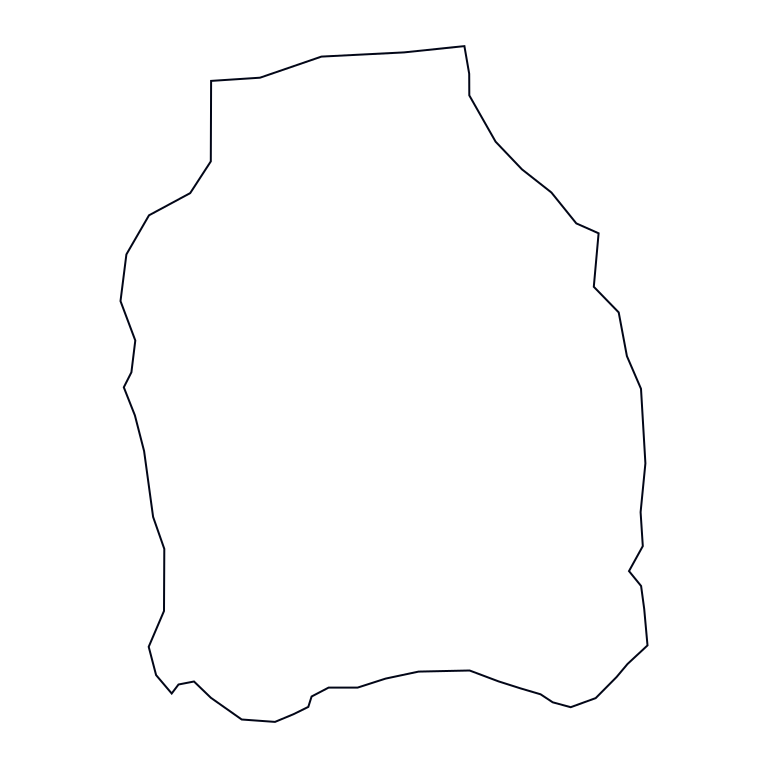 the district of Vansbro, Dalarna, Sweden
{"feature_id": "70781695B18183991959246", "entity_name": "Vansbro", "entity_type": "district", "adm_level": 2, "iso_a3": "SWE", "parent_name": "Sweden", "parent_adm1": "Dalarna", "projection": "orthographic", "projection_center": [14.285, 60.47], "detail": "fine", "context": "isolated", "style": "outline", "palette": "ink", "viewbox_px": 768, "rotation_deg": 0, "n_neighbors": 0, "source": "geoboundaries", "source_scale": "gbopen_adm2", "svg_char_len": 864}
<svg xmlns="http://www.w3.org/2000/svg" viewBox="0 0 768 768"><path d="M171.7,693.5L178.5,684.5L194.0,681.5L210.9,697.8L241.7,719.5L275.0,721.9L293.5,714.2L308.3,706.9L311.6,696.5L328.6,687.6L357.6,687.6L385.6,678.6L418.6,671.6L469.6,670.5L498.6,681.4L520.6,688.4L540.6,694.3L552.7,702.3L570.7,707.2L595.7,698.1L616.6,677.0L627.5,664.0L647.5,645.4L644.2,608.9L641.1,586.0L629.0,571.1L642.8,546.1L640.6,512.2L645.4,463.4L641.0,388.8L626.9,356.1L618.7,312.4L593.8,286.8L598.6,233.3L576.3,223.4L551.4,192.5L522.0,169.4L495.6,141.7L469.3,95.4L469.2,73.8L464.4,46.1L404.0,52.4L321.4,56.6L260.0,77.7L211.1,80.9L211.0,111.1L210.8,161.4L190.2,193.1L149.0,215.3L126.4,254.4L120.5,301.1L135.3,340.5L131.4,372.3L123.8,387.3L134.9,415.4L144.1,451.1L153.1,516.9L164.3,548.9L164.0,611.0L148.7,646.8L156.1,675.1L171.7,693.5Z" fill="none" stroke="#020617" stroke-width="2"/></svg>